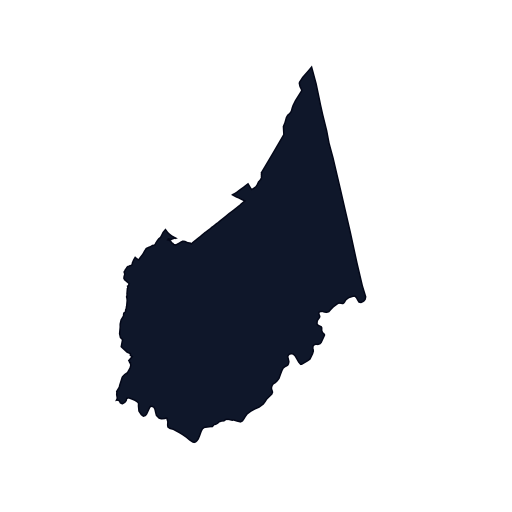 the district of Unión Juárez, Chiapas, Mexico, rotated 21°
{"feature_id": "50627088B53663671154326", "entity_name": "Unión Juárez", "entity_type": "district", "adm_level": 2, "iso_a3": "MEX", "parent_name": "Mexico", "parent_adm1": "Chiapas", "projection": "natural_earth1", "projection_center": [-92.114, 15.071], "detail": "fine", "context": "isolated", "style": "filled", "palette": "ink", "viewbox_px": 512, "rotation_deg": 21, "n_neighbors": 0, "source": "geoboundaries", "source_scale": "gbopen_adm2", "svg_char_len": 6006}
<svg xmlns="http://www.w3.org/2000/svg" viewBox="0 0 512 512"><g transform="rotate(21 256 256)"><path d="M177.4,440.6L177.8,440.3L179.7,440.0L180.7,440.5L182.0,441.7L184.1,441.9L184.9,441.0L186.0,439.5L186.6,437.5L186.3,435.3L188.0,434.0L191.5,434.0L194.8,434.1L197.9,434.8L199.2,435.7L200.0,438.1L202.3,442.7L205.8,445.2L208.3,445.9L209.9,444.5L210.5,442.6L211.0,435.5L211.6,434.0L213.3,433.6L215.0,433.8L216.7,435.4L218.4,438.0L220.2,440.5L223.7,442.1L225.9,441.9L227.1,441.4L229.1,440.4L230.1,439.5L230.8,439.3L233.1,442.3L234.1,445.5L235.1,447.2L237.4,447.8L240.9,447.4L244.5,447.9L247.7,448.3L251.5,449.0L256.0,450.1L260.0,451.5L263.6,452.3L265.1,452.1L266.2,451.2L267.0,449.6L267.6,447.5L267.7,444.4L267.6,439.3L267.9,436.5L269.2,434.5L272.0,433.0L274.6,431.6L276.3,430.9L276.7,430.0L277.2,428.4L278.6,427.6L280.1,425.8L280.9,424.1L283.1,422.3L285.1,421.4L286.5,419.3L289.0,418.3L292.8,417.8L293.7,417.1L297.1,416.9L301.0,416.4L302.4,414.8L303.0,412.4L303.5,409.6L304.3,406.6L306.7,402.8L309.6,399.3L313.0,396.0L315.8,391.6L316.7,388.4L317.2,385.8L319.4,380.9L320.2,379.3L320.2,377.2L319.4,376.1L318.2,374.7L317.6,373.3L317.4,371.2L317.9,369.1L319.3,367.4L320.4,365.1L321.3,362.1L321.2,357.7L321.2,353.5L321.5,350.9L322.7,348.9L323.8,347.7L324.7,346.5L324.9,345.1L324.6,343.0L322.8,340.2L321.7,338.7L321.7,337.2L322.2,335.8L324.0,334.5L326.0,334.2L328.5,335.3L333.9,339.7L336.5,341.1L337.4,340.7L341.7,335.3L343.3,332.9L343.8,327.1L343.6,324.3L342.9,322.9L342.1,321.9L341.5,319.6L342.0,318.2L343.4,316.9L345.4,316.4L347.1,315.0L347.8,313.3L348.2,307.1L348.3,305.4L348.0,304.8L346.8,304.1L345.6,303.8L344.0,302.0L343.1,299.5L342.2,298.7L339.1,298.5L337.5,297.8L337.0,296.8L336.5,295.0L336.5,293.7L336.8,292.5L337.3,290.7L337.1,289.4L336.6,288.9L335.3,287.4L335.0,286.1L335.2,285.6L335.7,285.0L337.8,283.9L339.7,283.8L342.0,283.3L343.9,281.9L344.9,279.2L346.4,275.7L349.2,271.3L350.0,270.4L351.6,269.8L354.1,269.3L354.7,268.5L355.1,267.3L355.5,264.9L356.1,263.8L357.5,261.6L361.0,258.8L362.8,258.0L364.9,259.0L366.6,260.5L368.7,262.1L370.6,261.8L372.0,260.4L372.9,259.1L373.4,257.3L373.0,254.8L365.9,245.7L352.5,226.0L335.6,200.2L323.1,181.7L312.2,165.5L304.8,154.6L302.2,150.8L292.7,136.8L283.7,124.5L277.1,113.8L267.4,99.9L261.9,91.6L258.9,86.9L250.4,73.7L240.2,59.7L238.4,65.0L237.0,68.7L235.6,72.5L235.0,75.4L234.7,76.8L234.4,78.1L234.6,79.3L235.4,80.5L236.0,81.5L236.9,82.5L237.6,83.1L238.3,83.8L239.2,84.6L239.4,85.6L237.2,96.8L236.7,102.2L236.8,105.0L237.0,106.7L237.1,108.0L236.9,109.5L236.2,111.4L235.3,112.9L235.0,114.3L234.8,115.9L235.3,121.2L235.2,125.3L235.6,126.2L238.5,132.7L235.3,152.4L233.6,162.5L231.2,176.5L231.8,177.0L231.8,177.9L232.3,178.7L232.4,179.5L232.8,180.1L233.1,180.8L233.0,182.0L232.9,183.1L232.6,184.0L232.2,185.1L231.8,186.0L231.8,186.9L231.7,187.7L231.7,188.9L231.4,190.2L231.2,191.3L229.8,193.4L228.9,194.7L228.1,195.5L226.6,194.6L222.7,191.5L221.5,193.4L221.2,194.0L220.6,194.9L219.8,196.3L217.7,199.4L216.2,201.8L215.6,202.9L214.0,205.1L213.6,205.6L213.2,206.0L212.5,206.7L212.1,207.3L216.5,207.9L218.5,207.9L219.0,207.9L219.9,208.0L222.4,208.3L225.9,208.6L223.5,212.8L222.9,214.3L222.1,215.5L221.4,216.7L220.8,217.8L218.2,222.1L217.6,223.1L215.7,226.0L213.8,229.5L210.7,234.7L209.6,236.6L208.4,238.9L207.9,239.5L207.5,240.0L207.1,240.8L206.6,241.7L206.0,242.7L205.7,243.3L204.7,244.7L204.4,245.1L203.7,246.7L202.4,248.7L201.4,250.3L201.2,250.7L201.1,250.8L200.8,251.3L200.7,251.5L200.3,252.0L200.1,252.3L199.9,252.6L199.5,253.4L198.0,256.0L197.0,258.0L196.5,258.7L194.9,261.4L194.3,262.5L193.5,263.8L192.7,265.2L191.9,266.6L191.2,268.0L189.9,267.5L189.6,267.6L189.4,267.7L187.3,268.1L187.0,268.1L186.4,268.1L186.0,268.0L184.4,267.9L182.8,268.3L182.4,268.8L182.2,268.6L181.0,269.8L180.6,270.4L179.7,271.6L178.6,272.8L177.7,273.9L176.9,274.8L176.4,274.5L175.1,274.9L174.0,274.1L172.6,273.9L170.9,272.7L170.4,272.6L168.3,272.5L167.7,272.6L167.9,271.5L168.0,271.3L170.2,271.2L170.6,271.0L170.8,271.0L171.4,270.4L171.7,270.1L172.9,269.1L173.3,268.6L173.7,268.5L174.1,268.2L174.4,268.4L174.8,268.1L174.0,268.0L173.7,268.0L170.7,267.6L170.1,267.5L167.7,266.8L166.6,266.4L165.0,265.7L162.0,263.8L161.4,265.6L161.3,265.8L160.8,267.4L160.7,268.9L160.5,270.8L160.3,272.2L160.2,272.9L159.1,274.7L158.4,277.1L158.1,278.7L157.9,279.4L157.8,280.7L157.6,281.8L156.9,282.6L155.5,283.3L154.8,284.4L153.9,285.4L153.0,286.1L152.3,286.9L152.0,287.2L151.5,287.6L150.8,288.5L150.6,289.8L150.3,291.1L150.2,291.5L150.0,293.3L149.9,293.9L149.8,294.4L149.6,295.4L148.6,298.7L148.4,299.4L147.9,301.6L147.3,301.6L146.7,301.6L146.2,301.4L145.8,301.3L145.4,301.2L144.8,301.0L144.7,301.0L144.5,300.9L144.4,300.9L143.7,300.6L143.6,301.2L143.3,303.0L143.2,303.8L143.1,306.7L143.1,307.1L143.3,307.3L143.4,307.6L143.4,308.1L143.3,308.6L143.3,309.0L142.9,309.6L141.8,310.2L141.6,310.5L141.0,311.3L140.3,311.6L140.0,312.0L139.9,312.1L139.6,312.9L139.5,313.8L139.3,314.5L139.1,315.1L138.9,316.0L139.0,316.3L138.9,316.9L138.7,317.6L138.6,318.1L139.1,318.9L139.8,319.5L140.1,320.4L140.1,320.9L140.2,322.0L140.3,322.9L140.6,323.8L140.7,324.2L141.3,324.6L141.5,324.8L141.7,325.2L143.3,325.7L143.8,325.9L144.2,326.1L144.8,326.3L145.6,326.5L146.3,326.8L147.6,327.3L147.6,327.6L147.5,328.2L147.6,328.6L147.6,329.0L147.4,329.4L147.3,329.7L147.2,330.0L146.9,330.2L147.0,330.4L147.7,331.4L147.7,331.5L147.8,332.0L147.8,332.3L147.6,332.5L149.1,337.6L149.5,338.3L149.7,338.8L149.8,340.5L150.8,341.9L151.7,343.8L152.9,348.0L153.3,349.3L153.2,349.9L153.7,351.3L153.6,353.0L154.1,354.5L154.0,355.3L153.1,356.6L153.3,357.9L153.8,359.3L153.7,360.1L153.0,364.0L153.6,368.2L154.4,370.3L154.6,370.6L156.5,377.4L158.7,380.7L161.4,381.9L162.7,389.0L170.2,392.0L173.7,392.1L174.3,393.8L176.5,394.3L174.7,399.2L175.9,400.1L176.2,400.7L176.9,400.6L176.9,400.8L177.1,401.3L177.5,401.7L178.0,402.4L178.3,403.0L178.6,405.6L177.7,411.9L177.3,411.7L175.9,413.8L174.7,416.6L174.6,417.2L175.1,425.6L175.4,427.4L174.5,432.4L175.0,433.2L175.6,435.3L177.5,438.5L177.4,440.6Z" fill="#0f172a" stroke="#020617" stroke-width="1.5"/></g></svg>